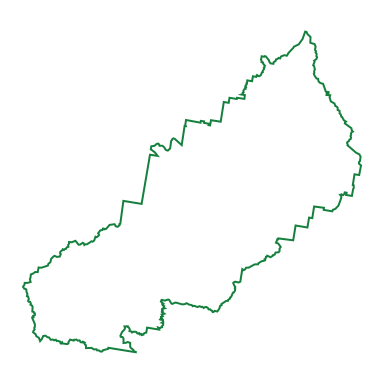 Singleton, New South Wales, Australia (Mercator projection)
{"feature_id": "25037944B56685676634678", "entity_name": "Singleton", "entity_type": "district", "adm_level": 2, "iso_a3": "AUS", "parent_name": "Australia", "parent_adm1": "New South Wales", "projection": "mercator", "projection_center": [150.791, -32.605], "detail": "fine", "context": "isolated", "style": "outline", "palette": "green", "viewbox_px": 384, "rotation_deg": 0, "n_neighbors": 0, "source": "geoboundaries", "source_scale": "gbopen_adm2", "svg_char_len": 5905}
<svg xmlns="http://www.w3.org/2000/svg" viewBox="0 0 384 384"><path d="M332.3,211.3L332.9,209.8L335.3,208.9L338.5,205.6L341.2,198.0L341.3,196.5L340.3,195.0L341.3,195.1L341.5,194.4L343.2,195.1L344.4,193.9L344.7,192.4L346.6,192.7L346.2,195.0L351.9,195.9L353.1,189.2L353.8,187.9L353.6,185.2L352.8,185.1L354.5,174.3L359.2,175.0L361.0,165.4L358.9,163.6L359.1,161.9L359.9,161.3L360.6,156.8L359.4,154.4L356.1,152.7L347.5,145.3L347.8,144.7L347.0,142.9L347.3,142.1L348.8,141.2L349.4,139.6L350.6,139.1L351.1,137.7L350.5,136.0L351.2,134.7L350.9,133.6L351.6,132.2L352.9,131.6L351.7,130.1L351.4,128.2L344.8,123.4L345.0,122.4L346.0,121.6L343.8,120.2L342.1,117.0L341.3,116.7L340.8,114.5L339.7,113.5L339.5,110.7L337.7,110.1L337.6,107.7L336.6,106.5L335.3,106.0L334.5,103.5L330.8,101.4L329.6,97.3L330.2,95.3L326.5,95.0L326.7,93.4L328.4,93.7L328.6,92.1L325.8,91.6L323.1,83.8L320.2,83.0L318.5,81.3L318.1,78.8L316.5,78.5L314.6,75.7L313.8,73.7L314.4,72.8L314.1,71.4L314.9,69.3L314.0,65.9L313.2,65.3L314.6,61.6L314.1,60.8L316.4,59.0L317.1,57.1L316.4,56.2L316.6,54.0L315.5,52.3L316.0,51.2L315.0,49.8L315.6,46.6L314.6,44.1L310.3,42.8L310.5,36.9L307.5,34.2L306.5,31.9L305.2,31.6L302.6,38.9L298.8,44.3L293.8,46.8L293.1,48.1L288.5,52.9L286.9,55.7L284.1,55.2L281.0,56.5L280.1,58.4L278.6,57.9L277.6,58.9L276.0,59.4L275.6,61.0L273.8,62.0L273.4,63.8L270.5,63.4L269.2,61.6L269.0,60.4L265.9,56.5L264.9,56.1L264.3,56.7L261.7,56.3L261.0,59.8L261.8,61.4L261.6,62.2L263.0,62.5L263.2,63.7L264.9,65.7L264.4,66.1L264.5,67.5L263.8,67.9L264.0,69.1L262.5,71.4L262.8,72.1L261.9,72.6L260.7,75.3L259.4,76.1L258.6,76.1L257.0,75.0L256.7,75.4L257.1,76.0L256.3,76.9L252.9,76.3L252.1,81.2L247.3,80.4L246.9,83.6L246.4,83.6L246.4,84.8L245.5,85.7L246.0,87.2L245.2,87.4L245.6,88.8L244.4,89.1L243.3,90.9L243.6,92.3L242.8,92.7L243.1,93.8L241.4,94.5L244.9,95.1L244.4,98.9L237.0,97.8L236.8,99.0L229.5,97.8L228.7,102.8L223.8,102.0L220.7,121.7L211.0,120.2L210.1,125.4L208.5,125.1L208.8,123.7L204.0,122.9L203.8,123.6L204.1,121.4L200.8,120.9L200.5,122.7L186.0,120.0L185.3,124.9L185.8,126.1L184.6,125.9L181.7,145.1L174.8,138.9L173.4,138.4L172.7,138.7L171.2,141.0L170.1,148.5L167.8,150.6L165.8,149.9L164.2,147.3L162.5,145.8L159.4,145.7L159.1,144.4L158.2,143.6L156.7,143.9L154.5,145.8L151.3,146.3L150.8,149.3L154.8,152.3L157.6,155.9L150.0,154.7L141.6,203.9L123.4,200.9L120.3,223.6L119.4,224.1L119.7,225.0L117.7,226.8L115.8,226.3L114.6,224.2L109.6,224.9L106.2,228.8L104.7,229.3L103.9,228.6L102.9,228.6L102.5,230.0L100.3,230.4L98.1,233.3L99.1,234.7L98.5,235.8L96.7,237.2L95.5,236.7L94.2,240.5L92.7,241.7L91.5,241.3L87.2,244.2L85.2,244.4L84.3,245.0L83.8,243.4L82.7,242.8L80.2,244.6L78.6,244.7L75.4,240.8L71.6,242.3L69.0,242.0L69.0,243.7L68.1,245.0L68.4,246.8L66.7,247.4L65.9,248.9L64.4,249.2L63.9,250.0L62.7,249.3L62.3,250.2L60.4,251.7L60.0,253.0L60.8,254.1L59.7,256.6L56.8,256.9L54.7,255.9L53.8,256.2L51.2,258.8L50.4,262.2L48.4,263.8L47.9,265.6L41.5,267.7L38.6,267.5L37.7,272.1L35.2,272.0L33.2,273.5L30.9,274.4L30.4,278.0L29.9,279.1L30.6,282.0L27.5,282.9L24.7,282.9L24.5,284.6L23.0,286.8L24.4,288.8L25.6,288.9L26.4,289.8L26.4,291.7L27.4,293.8L27.0,296.2L28.1,296.5L28.8,298.9L28.1,301.0L28.8,301.8L30.1,301.9L30.9,303.8L30.5,304.7L32.0,305.6L32.6,306.8L32.3,311.5L33.7,311.9L33.8,312.7L34.9,313.4L34.8,315.2L33.2,315.8L33.5,317.2L32.3,317.2L32.1,317.7L34.9,324.1L34.8,327.0L34.2,328.0L34.6,329.5L33.3,331.2L33.1,332.3L35.6,334.2L36.3,336.2L38.9,337.8L40.1,341.1L41.9,339.0L43.2,336.0L45.6,335.7L47.3,337.1L49.1,337.5L50.7,339.8L52.7,339.5L54.0,340.3L55.8,339.7L56.6,341.0L57.7,340.8L60.3,341.7L60.5,343.3L61.0,343.6L62.1,342.4L62.6,343.5L67.4,344.1L68.4,343.4L68.3,342.4L70.1,339.6L73.7,340.6L74.0,339.8L76.4,339.6L77.7,340.6L79.6,340.4L80.6,342.2L81.8,342.3L82.8,341.6L84.3,342.4L83.6,342.7L84.5,342.9L84.9,344.5L85.9,345.2L86.0,348.1L91.6,347.9L93.9,349.4L96.5,349.3L97.1,350.4L98.5,350.3L101.0,351.7L102.4,351.3L102.8,350.3L108.3,348.8L108.4,347.8L136.7,352.4L133.9,351.2L133.3,349.8L130.7,347.8L130.2,346.6L130.2,342.9L127.7,342.0L125.9,342.8L123.5,343.0L123.5,338.6L122.6,337.1L120.7,336.8L120.4,335.8L122.0,332.1L124.5,329.6L125.0,328.0L124.5,326.4L127.7,326.3L127.7,327.0L128.7,327.4L129.8,329.3L129.5,331.1L131.4,331.5L132.0,332.5L133.4,331.7L135.5,331.8L136.3,332.0L137.4,333.5L139.0,333.1L139.1,333.8L140.7,333.9L140.5,334.4L141.5,334.3L141.8,335.1L143.5,334.6L143.6,333.7L145.1,332.8L146.3,332.6L147.1,327.6L159.0,329.6L158.1,327.5L160.1,328.2L160.9,327.3L162.1,327.2L162.2,325.7L163.2,324.9L163.2,323.0L161.9,322.7L163.2,321.9L162.9,319.8L161.3,320.1L162.3,319.4L162.0,318.5L160.6,319.7L160.1,319.5L160.9,318.6L161.0,316.8L162.8,316.2L161.7,314.5L164.3,313.7L161.8,312.0L161.9,311.3L162.8,310.9L162.0,309.8L162.1,309.0L164.8,308.3L163.5,307.5L164.2,306.1L162.6,305.2L162.5,304.5L163.2,304.0L162.2,303.7L162.5,302.7L160.9,301.6L161.6,299.9L164.9,300.6L168.2,299.5L169.2,299.9L171.2,303.3L172.2,303.9L175.6,302.5L182.3,304.4L184.9,304.1L186.7,303.2L189.1,304.6L191.8,305.1L192.7,306.2L194.1,305.8L197.5,307.0L199.7,306.2L201.3,307.0L202.4,306.8L203.7,308.0L205.0,307.1L206.5,307.0L208.2,308.3L208.6,309.4L210.3,309.4L210.9,310.3L212.0,310.7L212.7,312.1L213.6,311.9L214.5,310.9L217.3,311.5L219.4,308.6L220.1,305.9L221.6,305.1L221.4,304.1L226.0,301.0L228.0,300.8L228.1,299.9L230.0,298.6L230.1,297.5L231.2,296.8L232.9,292.7L233.8,292.5L235.0,290.6L235.2,288.4L234.8,288.1L235.3,286.9L234.6,286.2L233.2,283.0L233.6,282.4L235.2,281.7L238.5,282.5L240.3,281.7L242.3,269.1L243.8,270.2L245.2,269.2L246.1,267.7L248.6,267.7L254.6,264.4L258.0,264.3L258.4,263.3L261.5,261.3L265.0,260.4L264.6,259.2L265.6,258.7L265.9,256.8L266.8,256.6L267.2,255.7L270.4,257.2L272.7,255.9L272.8,255.2L274.6,254.7L275.6,252.5L278.6,252.3L279.6,251.0L279.5,248.8L280.7,246.9L278.2,243.5L276.0,242.7L277.4,239.2L278.2,239.3L278.3,238.4L293.2,240.3L295.6,225.5L307.4,227.5L309.1,217.6L312.3,218.1L314.1,206.5L324.0,207.8L323.7,209.9L332.3,211.3Z" fill="none" stroke="#15803d" stroke-width="2"/></svg>